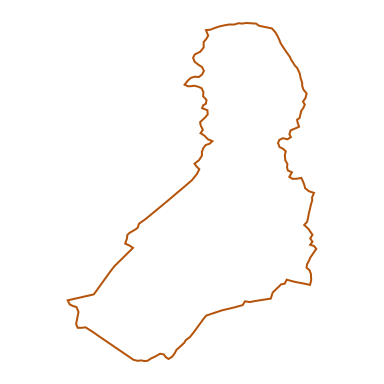 the district of Paripiranga, Bahia, Brazil
{"feature_id": "56859067B65778580643910", "entity_name": "Paripiranga", "entity_type": "district", "adm_level": 2, "iso_a3": "BRA", "parent_name": "Brazil", "parent_adm1": "Bahia", "projection": "mercator", "projection_center": [-37.888, -10.599], "detail": "fine", "context": "isolated", "style": "outline", "palette": "amber", "viewbox_px": 384, "rotation_deg": 0, "n_neighbors": 0, "source": "geoboundaries", "source_scale": "gbopen_adm2", "svg_char_len": 2561}
<svg xmlns="http://www.w3.org/2000/svg" viewBox="0 0 384 384"><path d="M271.9,28.4L262.1,26.4L258.8,25.7L256.1,23.6L252.8,23.4L249.8,23.2L246.0,23.0L242.1,23.6L238.6,23.2L234.4,24.5L229.0,24.5L224.1,25.4L219.5,26.4L214.7,28.0L210.4,29.7L206.0,30.1L208.2,35.7L206.1,39.2L203.6,42.1L203.7,47.4L200.3,51.7L194.7,54.5L193.1,57.8L194.6,61.7L198.6,64.9L202.1,67.1L203.9,71.0L201.9,74.7L198.9,77.0L194.8,76.7L190.9,77.8L187.8,80.6L184.6,84.7L188.0,86.3L191.1,86.2L194.1,85.7L198.2,86.7L201.6,88.2L203.4,92.1L203.1,96.3L206.5,99.9L205.9,103.7L203.2,105.2L202.1,108.2L207.4,110.2L207.7,114.4L205.4,117.2L202.7,119.7L200.1,122.2L200.7,125.5L202.9,129.9L200.5,133.2L204.4,135.6L207.7,139.1L212.4,141.2L209.6,143.7L205.6,145.1L203.2,148.2L201.9,152.1L201.9,155.7L199.0,160.2L194.5,163.7L196.8,166.8L199.3,169.2L197.0,173.9L191.9,180.2L182.6,188.2L174.5,195.0L169.1,199.6L145.4,219.2L142.7,221.1L139.0,223.7L137.7,227.7L135.2,229.6L132.4,231.2L129.5,232.9L127.4,234.9L126.9,238.7L125.2,243.6L129.6,245.6L133.0,247.9L114.3,266.3L109.0,273.3L99.8,286.1L93.8,294.4L67.7,300.3L69.7,304.4L72.9,306.0L76.5,307.1L78.5,312.0L76.1,324.0L77.7,327.8L82.0,327.8L85.5,327.3L93.8,332.6L99.6,336.7L133.5,359.8L137.5,360.8L141.1,360.4L144.2,361.0L147.5,360.8L151.3,358.3L155.7,356.3L160.1,353.7L163.9,354.5L165.7,357.1L168.5,359.0L172.1,356.7L174.5,353.6L176.5,349.8L180.9,345.9L184.2,342.8L185.9,340.0L189.9,337.1L194.1,331.8L203.2,319.3L206.2,315.6L216.9,312.0L222.2,310.3L234.4,307.4L242.7,305.1L245.0,301.3L249.9,302.1L254.0,301.2L270.8,298.6L272.7,292.5L281.1,284.4L284.8,283.6L286.7,279.7L294.2,281.7L305.9,284.0L310.0,284.9L311.2,280.1L310.9,273.9L309.5,270.2L306.5,267.7L307.0,264.3L308.9,260.9L310.4,257.4L316.3,248.9L313.9,245.9L310.2,244.8L312.5,241.7L310.2,238.5L312.5,234.8L308.4,228.9L304.2,225.0L307.1,221.8L308.1,217.6L308.8,213.7L309.9,209.2L310.9,204.7L312.2,200.4L312.1,197.3L314.0,192.9L308.9,191.2L305.2,188.3L304.2,184.6L302.9,181.2L301.3,177.9L296.8,178.7L292.7,178.9L289.3,176.9L291.9,172.3L287.8,170.4L287.0,167.2L287.4,163.9L285.3,160.3L284.8,155.1L285.8,151.4L283.2,148.9L279.6,147.1L278.0,143.0L279.4,139.9L282.8,138.2L287.5,139.3L290.9,137.1L289.4,134.3L290.6,130.4L295.8,128.2L299.1,126.7L297.6,122.7L297.1,119.7L299.6,117.9L300.4,114.5L301.2,111.0L303.3,107.9L304.8,104.7L303.0,101.5L305.5,98.0L306.6,93.4L303.5,89.7L302.2,86.0L302.2,82.8L300.6,78.0L299.7,73.4L297.3,68.2L294.6,65.2L293.0,62.5L291.1,59.7L289.9,56.9L287.1,53.0L284.4,49.1L282.5,46.1L280.7,43.4L279.1,39.3L277.3,35.7L275.5,32.5L271.9,28.4Z" fill="none" stroke="#b45309" stroke-width="2"/></svg>